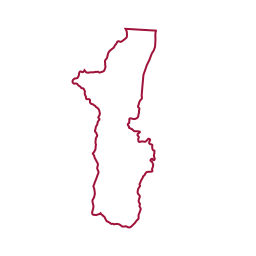 outline of Umling, Geylegphug, Bhutan, rotated 146°
{"feature_id": "84629894B75666827579722", "entity_name": "Umling", "entity_type": "district", "adm_level": 2, "iso_a3": "BTN", "parent_name": "Bhutan", "parent_adm1": "Geylegphug", "projection": "orthographic", "projection_center": [90.619, 26.907], "detail": "fine", "context": "isolated", "style": "outline", "palette": "rose", "viewbox_px": 256, "rotation_deg": 146, "n_neighbors": 0, "source": "geoboundaries", "source_scale": "gbopen_adm2", "svg_char_len": 5930}
<svg xmlns="http://www.w3.org/2000/svg" viewBox="0 0 256 256"><g transform="rotate(146 128 128)"><path d="M50.4,193.1L74.6,211.6L74.9,209.6L75.1,208.8L75.4,208.1L75.8,207.4L77.0,205.4L77.8,204.5L78.0,204.2L78.4,204.0L78.7,203.8L79.1,203.7L82.2,203.4L84.1,203.3L85.2,203.3L85.5,203.4L85.9,203.5L86.2,203.8L86.4,204.1L87.1,205.0L87.4,205.3L87.8,205.4L88.2,205.5L88.6,205.5L88.9,205.4L89.6,204.9L90.3,204.5L91.0,204.3L91.8,204.1L92.1,203.9L93.2,203.5L94.2,202.9L94.6,202.8L95.7,202.5L98.1,202.4L99.6,202.2L100.7,202.0L101.5,201.7L102.2,201.3L103.4,200.4L104.6,199.3L105.4,198.5L106.0,198.0L106.7,197.7L107.4,197.3L108.2,197.2L108.5,197.1L108.9,196.9L109.2,196.7L109.5,196.5L110.0,195.8L110.4,195.2L110.9,194.1L111.1,193.8L111.4,193.5L111.6,193.2L112.0,192.1L112.2,191.7L112.7,191.1L113.3,190.6L114.8,189.4L115.5,189.0L115.9,188.8L116.2,188.8L116.6,188.8L117.0,188.8L117.8,189.0L118.5,189.2L119.3,189.4L120.4,189.8L120.7,190.0L121.0,190.3L121.4,191.4L121.6,191.6L122.4,191.9L123.1,192.3L123.7,192.8L124.5,193.0L125.8,193.7L126.8,194.3L128.4,195.4L129.9,196.0L130.2,196.2L130.8,196.7L131.1,196.9L131.3,197.3L131.6,197.8L131.8,200.2L132.4,199.8L133.2,199.6L133.6,199.5L134.3,199.6L134.7,200.0L135.4,201.0L135.8,201.5L136.2,201.6L136.7,201.5L137.1,201.3L138.2,200.5L139.1,199.3L141.0,198.1L141.8,197.8L142.6,197.9L144.1,198.6L144.6,198.8L145.5,198.8L146.3,198.7L147.2,198.4L147.8,197.8L148.3,197.0L148.4,196.3L148.3,195.7L147.9,194.9L146.7,194.3L145.9,193.7L145.5,192.9L145.4,192.5L145.4,191.4L145.2,190.6L144.8,189.8L144.6,189.4L144.4,188.6L144.4,187.7L144.1,186.9L143.5,186.3L143.0,185.9L142.8,185.4L142.9,184.8L143.1,183.2L143.2,182.5L143.6,182.0L144.2,181.4L144.8,180.3L145.0,180.0L145.3,178.2L145.3,177.7L145.5,177.4L146.2,175.9L146.2,175.3L145.9,174.8L144.4,173.9L144.2,173.7L143.8,172.9L144.0,172.2L144.3,171.9L144.9,170.9L145.2,170.4L145.2,169.4L145.0,168.7L144.7,168.2L144.3,167.8L144.0,167.5L143.8,167.2L143.6,166.2L142.8,164.7L142.8,164.1L142.8,163.3L142.7,162.9L142.2,162.1L142.0,161.3L141.9,160.5L141.9,159.3L142.5,157.4L143.1,156.0L143.4,155.5L143.9,155.3L144.2,154.8L144.7,154.3L145.7,154.0L146.3,153.7L146.7,153.4L146.8,153.0L146.6,151.8L146.9,151.0L148.1,150.6L149.8,149.9L151.5,148.1L153.5,147.2L154.6,146.4L155.6,145.2L156.6,144.6L157.1,143.9L157.3,143.3L157.0,141.9L157.4,140.5L157.6,139.2L158.3,138.5L158.8,138.2L159.3,138.1L160.0,137.7L160.9,136.9L162.9,134.4L163.5,133.4L163.8,132.2L164.8,131.2L165.9,129.8L166.8,128.6L168.4,127.7L169.4,127.1L170.2,127.0L171.0,126.7L171.6,126.3L171.4,125.4L171.6,123.8L172.3,122.1L172.5,119.6L172.8,116.9L172.9,115.7L173.1,115.0L173.3,114.6L173.7,114.2L174.6,113.2L175.3,112.7L176.0,112.0L176.2,111.5L176.5,110.2L176.7,109.6L176.7,109.0L176.9,108.3L177.4,107.6L178.2,106.8L179.6,106.0L182.1,104.1L186.9,100.8L187.8,100.0L188.8,99.5L189.4,98.8L189.7,97.5L190.0,96.4L190.8,94.8L191.5,93.3L192.1,92.5L192.3,91.9L193.5,90.8L194.2,90.2L194.9,89.5L197.0,88.4L197.8,88.0L198.4,87.2L199.1,85.7L199.6,84.2L200.1,83.0L200.6,82.1L202.1,80.5L203.3,79.6L204.2,78.7L204.9,78.2L205.2,77.6L205.6,76.7L205.5,75.9L205.3,75.4L204.2,74.7L203.6,74.0L203.0,73.6L201.1,73.1L200.3,72.8L199.5,72.6L198.4,72.7L198.5,71.3L197.9,70.3L197.8,69.9L197.8,68.8L197.6,68.6L197.3,67.7L197.3,66.8L197.6,65.2L197.7,63.8L197.8,62.6L197.1,61.7L195.9,59.1L195.8,58.6L195.6,58.0L194.7,57.4L194.0,57.0L193.6,56.4L193.5,56.0L193.2,55.9L191.5,55.1L190.8,54.6L189.9,53.9L189.7,53.6L189.2,53.0L188.8,52.3L188.4,51.2L188.2,50.5L187.9,49.7L187.6,49.4L187.4,49.1L186.7,48.7L185.3,48.0L185.0,47.9L184.6,47.6L184.4,47.3L183.7,46.0L183.2,45.3L182.9,45.1L182.2,44.7L181.5,44.5L181.1,44.4L180.7,44.5L179.5,44.6L177.6,45.0L176.5,45.2L175.7,45.3L174.6,45.7L172.4,46.5L170.9,46.7L170.1,46.9L169.8,47.1L169.6,47.5L168.9,48.4L168.6,49.1L168.1,49.7L167.8,50.0L167.2,50.5L166.5,50.9L165.9,51.3L165.0,52.0L163.1,53.4L162.6,54.0L162.5,54.4L162.4,55.2L162.3,55.9L162.3,56.3L162.2,56.7L162.0,57.0L161.8,57.3L160.8,58.0L160.6,58.3L160.5,58.7L160.4,59.0L160.5,60.2L160.4,60.6L160.1,61.3L159.9,61.6L159.3,62.2L158.7,62.7L157.9,63.5L157.2,63.9L156.3,64.9L156.2,65.3L156.2,65.7L156.4,67.1L156.4,68.2L156.1,69.1L155.8,69.6L155.5,70.0L154.4,71.1L154.1,71.4L153.2,72.0L152.6,72.3L150.7,73.0L150.3,73.3L150.3,73.6L150.1,74.6L149.9,75.0L147.6,76.3L146.9,77.0L143.5,78.6L142.7,79.4L142.2,79.5L141.0,79.6L140.3,79.8L139.4,80.4L137.9,80.9L137.4,81.0L136.5,80.8L132.9,78.7L132.1,78.5L131.4,79.4L131.2,80.4L129.0,82.0L127.6,83.5L127.0,86.4L127.6,88.0L127.4,88.7L126.9,89.0L126.2,89.2L125.3,89.1L125.0,88.7L125.1,87.7L124.9,87.2L124.5,86.9L124.0,86.8L123.5,87.1L122.9,87.8L122.6,89.0L122.3,89.9L121.6,91.2L120.4,92.1L119.9,92.9L118.9,94.1L118.8,94.4L119.0,94.8L119.6,95.5L119.6,96.4L119.2,97.6L118.5,98.9L117.5,100.0L117.4,100.3L117.4,100.7L117.7,101.3L118.8,102.4L118.9,103.5L118.8,103.9L118.1,104.6L117.5,105.1L116.4,105.6L116.2,106.1L116.3,106.8L116.6,107.3L117.1,107.7L117.5,107.7L119.6,107.1L121.2,106.9L122.0,107.4L123.8,109.0L124.7,109.5L125.7,109.7L126.2,110.0L126.7,110.5L126.8,110.8L126.6,111.3L126.5,111.7L125.8,113.1L124.4,114.1L124.1,114.4L124.0,115.0L124.1,115.7L124.2,116.3L124.1,116.8L123.9,117.1L123.5,117.5L123.1,117.6L122.5,117.7L121.0,117.8L120.6,117.9L120.4,118.1L120.3,118.4L121.6,119.7L123.8,121.2L124.6,122.0L125.1,123.4L125.2,124.7L125.9,125.4L126.0,126.2L126.9,127.2L126.9,127.7L126.8,128.1L126.5,128.4L126.4,128.7L126.5,130.3L126.2,131.1L125.8,131.4L125.4,131.5L124.2,131.5L123.9,131.8L123.4,132.7L122.7,133.3L122.3,134.1L122.1,134.5L121.7,134.8L121.4,134.9L120.9,134.9L120.6,134.7L118.2,132.2L117.2,131.6L115.3,131.2L113.7,131.5L112.9,132.0L112.5,132.5L111.5,133.6L110.4,134.5L109.1,136.3L107.8,137.5L107.6,138.2L107.9,139.6L107.5,140.5L106.1,141.4L104.7,142.7L103.7,143.4L102.5,144.0L100.8,144.4L100.1,144.7L99.6,145.1L98.6,147.2L92.1,155.3L85.5,163.4L80.1,167.4L77.4,169.5L72.0,172.6L67.0,176.2L63.1,178.0L60.3,180.1L58.3,182.6L55.9,185.8L54.1,188.6L52.4,191.1L50.4,193.1Z" fill="none" stroke="#9f1239" stroke-width="2"/></g></svg>